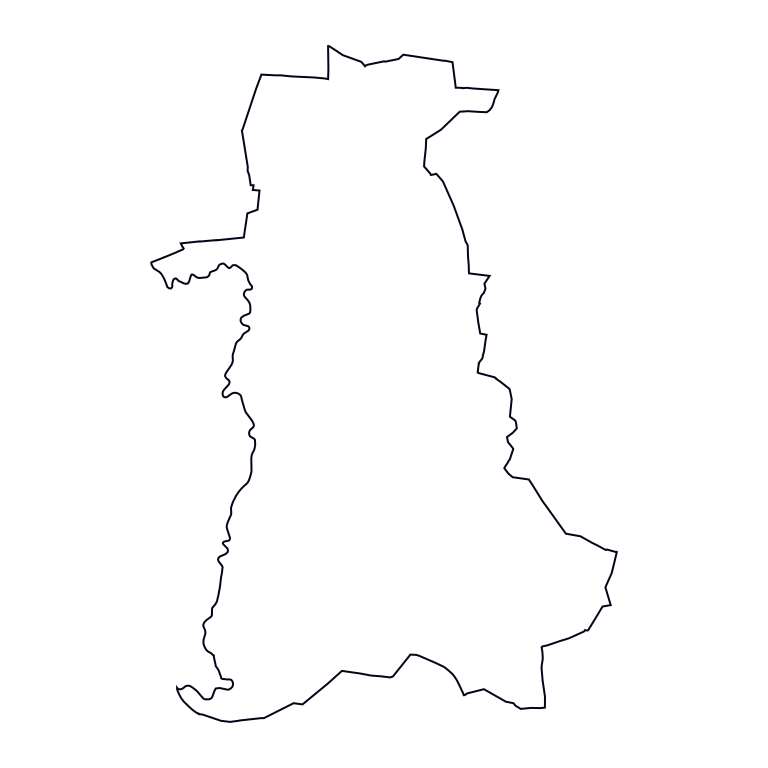 Sokolku pag., Vilanu, Latvia
{"feature_id": "27541924B1096385045081", "entity_name": "Sokolku pag.", "entity_type": "district", "adm_level": 2, "iso_a3": "LVA", "parent_name": "Latvia", "parent_adm1": "Vilanu", "projection": "orthographic", "projection_center": [26.989, 56.509], "detail": "fine", "context": "isolated", "style": "outline", "palette": "ink", "viewbox_px": 768, "rotation_deg": 0, "n_neighbors": 0, "source": "geoboundaries", "source_scale": "gbopen_adm2", "svg_char_len": 6081}
<svg xmlns="http://www.w3.org/2000/svg" viewBox="0 0 768 768"><path d="M616.7,551.9L615.9,552.0L606.8,549.5L605.8,550.0L605.6,549.9L597.5,545.5L592.4,543.0L580.5,536.3L565.9,533.7L546.0,505.9L542.8,501.6L532.5,485.0L529.5,480.5L529.0,479.5L512.6,477.2L508.3,473.5L504.3,468.2L505.6,465.8L507.5,463.1L508.4,461.3L509.8,459.4L513.1,449.5L513.2,448.6L508.0,442.1L507.0,437.0L512.7,432.9L516.8,428.4L516.0,422.6L515.3,420.6L509.9,416.7L511.7,399.1L509.8,389.9L509.4,388.9L501.0,382.2L495.9,378.6L495.9,378.2L494.6,377.3L479.5,373.3L477.7,372.6L478.7,364.0L478.8,364.1L479.6,361.7L481.0,360.2L482.2,358.6L482.5,357.8L482.8,356.5L482.9,355.3L483.7,352.7L484.1,351.1L485.6,340.1L486.6,334.8L480.2,333.5L478.3,322.4L476.7,310.6L476.8,309.4L477.1,308.4L480.0,303.6L479.2,303.0L480.3,298.4L481.1,296.4L481.5,295.5L484.0,292.7L485.5,288.5L484.4,283.7L489.6,275.9L469.1,273.4L468.9,272.1L468.7,264.7L468.0,256.2L467.7,245.2L465.6,241.5L462.3,229.4L453.8,206.0L443.1,181.8L442.4,180.8L436.4,173.9L430.9,175.0L430.2,173.5L424.1,166.5L424.3,162.2L425.8,148.3L426.2,139.0L441.0,129.7L459.7,111.7L467.9,111.2L480.8,112.0L486.8,112.2L489.7,110.1L492.0,107.0L493.7,102.5L494.5,99.3L497.7,92.7L498.4,90.2L473.2,88.5L466.8,87.8L462.6,88.2L462.5,87.9L455.7,87.7L455.3,84.0L452.5,62.2L444.6,60.6L443.8,60.8L403.3,54.7L398.5,59.0L385.1,61.7L384.2,61.3L368.7,64.5L366.4,65.1L365.0,66.3L364.3,65.3L361.2,61.8L342.9,55.2L329.1,46.1L328.1,46.1L328.1,46.4L328.4,69.5L328.1,79.1L325.0,78.5L314.4,77.5L291.3,76.4L280.6,75.3L275.0,75.3L261.4,74.6L256.0,89.1L242.6,129.4L241.9,130.4L247.8,167.0L247.6,170.7L248.8,174.2L249.1,174.6L250.7,185.2L253.6,185.3L252.8,190.0L259.5,190.5L257.5,209.7L247.4,213.4L243.8,237.5L216.3,240.3L216.3,240.1L199.4,241.6L199.4,241.4L180.8,243.4L182.5,246.8L183.7,248.4L183.0,249.4L169.2,255.3L151.3,262.4L151.5,264.5L153.2,267.6L154.2,268.7L159.5,272.0L161.1,273.7L162.3,275.4L163.5,277.5L164.9,280.4L166.6,284.8L167.2,286.8L168.8,288.2L170.9,288.5L172.0,287.4L172.3,286.5L172.2,284.5L172.6,281.9L173.2,280.3L173.7,279.4L174.6,278.7L175.6,278.4L177.1,279.2L177.8,280.2L179.0,281.2L180.5,281.7L183.6,283.3L185.2,283.8L187.6,283.6L188.3,283.0L189.3,281.0L190.2,277.7L191.1,275.3L191.7,274.5L192.6,274.5L193.5,274.9L196.7,277.3L198.1,277.8L199.5,278.0L206.7,277.3L208.7,276.0L209.2,275.2L209.9,272.9L210.3,272.2L211.2,271.7L214.5,270.6L216.6,269.5L217.8,267.9L218.5,266.0L219.4,264.9L220.1,264.4L222.6,263.5L223.8,263.7L224.6,264.2L225.8,265.3L227.4,267.0L228.6,267.9L229.6,268.0L230.3,267.7L232.7,265.3L235.2,265.1L236.6,265.6L240.8,268.5L243.9,271.0L245.4,272.4L246.5,273.9L247.2,275.3L248.2,280.2L249.2,282.3L250.4,284.4L251.9,286.1L252.1,287.6L251.5,289.1L249.6,289.7L248.0,289.6L246.7,289.8L245.6,290.5L244.2,292.5L243.9,294.0L243.9,295.0L244.2,296.0L245.3,297.5L247.7,300.1L249.2,302.3L249.9,304.1L250.3,306.0L250.4,310.1L250.2,311.7L249.8,312.9L249.2,313.6L243.7,315.8L241.1,317.9L240.7,319.0L240.6,320.4L240.8,321.6L241.5,322.9L242.5,324.1L243.7,325.0L247.9,326.1L248.7,326.7L249.2,327.5L249.4,328.6L249.2,329.5L248.5,330.5L247.6,331.2L244.3,333.3L243.1,334.4L241.1,338.2L240.1,339.3L237.3,341.5L236.0,343.5L233.8,351.4L233.1,353.4L232.6,356.0L232.9,360.2L232.6,362.1L231.5,364.8L225.9,373.1L225.2,374.9L225.1,376.0L225.6,377.2L226.5,378.4L228.9,380.3L229.4,381.3L229.5,382.7L229.0,384.3L224.8,388.9L223.4,390.6L222.7,392.4L222.6,393.7L222.7,394.8L223.1,396.1L223.9,396.9L224.7,397.2L225.9,397.3L227.0,397.0L231.6,393.7L233.1,393.0L234.8,392.8L236.4,392.9L238.1,393.5L239.6,394.4L240.8,395.7L241.4,397.3L241.8,399.5L244.6,409.3L245.7,412.2L251.9,420.4L253.7,424.0L253.9,425.1L253.7,426.3L253.1,427.4L250.5,429.6L249.6,430.9L249.2,432.3L249.1,433.4L249.3,434.8L249.8,435.9L250.5,436.7L253.7,438.5L254.8,439.5L255.0,440.6L255.2,445.0L254.4,449.2L253.7,450.9L252.4,453.2L251.7,455.1L251.3,458.6L251.5,471.0L251.1,473.3L250.4,476.0L248.9,480.4L247.9,482.2L246.9,483.5L243.4,486.6L241.5,488.5L238.9,491.6L236.3,495.3L233.0,501.8L231.6,505.8L231.0,508.1L231.2,511.7L231.2,514.3L227.7,522.3L226.8,525.4L226.7,526.8L227.1,529.0L230.0,537.9L229.9,539.2L228.9,540.6L224.0,541.6L223.2,542.4L222.8,543.2L223.2,544.2L227.4,548.4L228.0,550.5L227.6,552.1L226.6,553.2L225.2,554.2L219.6,556.7L218.6,557.8L218.0,559.4L218.6,561.4L221.5,565.0L222.6,567.0L221.9,573.2L221.1,577.0L219.9,587.2L218.3,595.7L216.9,601.5L215.7,603.7L214.7,605.1L212.2,607.9L212.0,609.8L211.9,615.3L211.2,616.6L206.6,620.0L205.1,621.4L204.0,622.9L203.3,624.9L203.3,625.9L205.3,631.0L205.4,633.3L205.1,634.5L203.6,639.6L203.4,642.3L203.6,644.1L204.0,645.5L205.1,647.9L206.2,649.8L207.7,651.3L211.2,653.3L212.8,654.9L213.9,655.5L213.8,656.6L215.9,666.4L217.7,668.8L218.7,670.6L220.9,676.6L221.3,678.4L222.5,679.0L225.6,679.2L226.7,679.5L229.5,679.4L231.3,679.9L232.5,681.5L232.8,682.4L233.0,684.3L232.8,685.8L232.2,686.9L230.8,688.4L229.1,689.4L228.2,689.7L226.6,689.5L219.6,688.0L215.8,688.5L214.8,690.1L212.2,697.0L211.1,698.4L209.5,699.2L208.5,699.3L205.4,699.3L204.4,699.1L203.3,698.4L200.9,695.7L197.0,691.1L192.3,687.3L189.6,685.8L187.9,685.7L186.0,686.0L185.0,686.6L183.4,688.0L181.6,689.0L180.7,689.3L178.9,689.2L177.7,688.6L177.1,687.8L177.1,689.2L177.6,690.8L179.5,695.1L181.3,698.4L183.9,701.7L188.5,706.2L192.7,710.0L196.7,712.9L198.9,713.7L198.9,714.2L202.4,714.5L221.0,720.8L230.0,721.9L239.1,720.7L239.6,720.5L260.5,718.2L264.0,718.1L293.6,703.2L302.5,704.4L327.8,683.6L341.9,670.9L360.2,673.5L371.4,675.6L382.1,676.4L382.1,676.5L390.3,677.4L393.0,676.4L410.4,654.6L416.3,654.9L418.9,655.7L435.3,662.8L443.6,666.7L445.5,668.0L448.9,670.8L452.1,673.7L454.2,676.2L456.8,680.1L459.2,684.9L463.5,694.1L463.6,695.0L463.9,695.3L465.1,694.9L467.2,693.4L483.9,689.2L505.9,701.7L513.5,703.2L515.5,705.7L520.7,708.9L531.0,707.9L540.7,708.1L544.9,707.6L545.0,696.9L542.6,680.4L541.6,668.7L541.6,666.4L542.8,658.5L542.4,652.0L541.6,647.3L542.5,646.4L547.2,645.4L560.2,641.0L568.9,638.3L583.8,631.6L584.9,630.6L584.9,630.2L587.5,630.5L588.1,630.3L595.3,618.6L602.3,606.9L602.7,606.5L610.7,605.1L610.0,602.8L605.4,587.3L611.7,573.1L614.6,561.3L616.7,552.6L616.7,551.9Z" fill="none" stroke="#020617" stroke-width="2"/></svg>